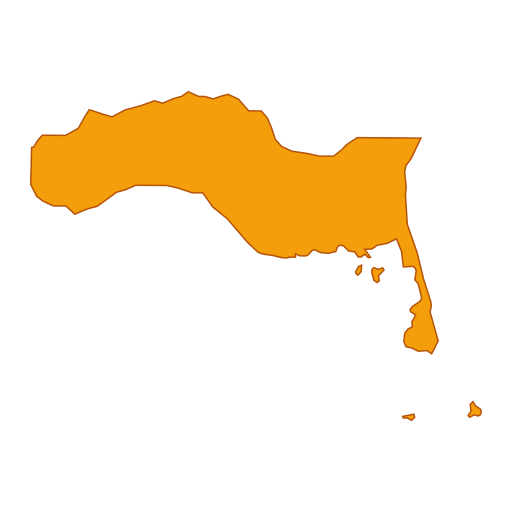 Kumya, Hamgyŏng-namdo, North Korea (Equal Earth projection)
{"feature_id": "82179303B64116140751716", "entity_name": "Kumya", "entity_type": "district", "adm_level": 2, "iso_a3": "PRK", "parent_name": "North Korea", "parent_adm1": "Hamgyŏng-namdo", "projection": "equal_earth", "projection_center": [127.363, 39.407], "detail": "fine", "context": "isolated", "style": "filled", "palette": "amber", "viewbox_px": 512, "rotation_deg": 0, "n_neighbors": 0, "source": "geoboundaries", "source_scale": "gbopen_adm2", "svg_char_len": 2241}
<svg xmlns="http://www.w3.org/2000/svg" viewBox="0 0 512 512"><path d="M288.6,257.5L288.8,257.2L295.5,257.1L295.4,253.8L299.5,255.8L306.0,255.9L308.5,254.6L312.3,250.1L315.1,250.0L320.5,252.6L328.5,253.3L335.8,251.5L337.5,246.9L339.5,245.3L343.4,245.7L348.5,250.9L354.9,252.0L358.0,256.8L360.8,257.1L364.9,254.3L368.2,257.6L370.5,257.3L364.7,249.3L371.9,249.0L377.4,245.2L386.8,243.5L396.5,238.9L401.6,251.7L403.3,266.9L412.6,266.3L415.2,268.0L416.2,270.8L414.9,279.8L418.2,283.7L421.2,296.0L421.7,298.0L420.1,301.2L412.1,306.7L410.1,309.5L410.5,311.6L415.7,315.0L411.8,322.0L412.4,326.8L408.1,329.0L404.7,333.3L403.8,341.4L406.0,346.7L411.9,348.0L418.2,351.2L426.9,350.6L431.7,353.7L437.9,341.5L438.2,341.0L430.1,312.1L431.3,306.0L430.7,301.3L423.5,278.9L417.2,252.8L412.5,239.2L407.3,224.5L405.4,194.5L406.2,186.8L404.6,172.2L406.0,165.5L411.0,158.8L420.6,138.7L421.0,138.2L401.3,137.9L382.4,137.8L367.7,137.7L357.2,137.6L346.6,144.6L342.3,149.2L333.7,156.2L319.0,156.1L308.6,153.7L291.9,151.2L281.5,146.4L275.3,139.3L271.4,127.5L267.4,118.1L261.3,111.0L252.9,110.9L248.7,110.9L242.5,103.8L238.4,99.1L228.0,94.3L219.6,96.6L213.3,98.9L204.9,96.5L198.6,96.4L188.2,91.7L185.9,93.4L181.8,96.3L173.4,98.6L162.8,103.2L154.4,100.8L141.7,105.4L124.9,110.0L112.1,116.9L103.8,114.5L89.2,109.7L84.8,116.7L78.2,128.4L65.5,135.4L55.0,135.3L42.4,135.2L38.1,139.9L33.7,146.9L31.6,147.4L31.5,151.6L31.2,165.7L30.9,175.1L30.7,184.5L36.7,196.3L42.9,201.1L53.3,205.9L65.9,206.0L74.9,214.2L82.6,210.8L89.0,208.5L97.4,206.2L110.2,196.9L116.6,192.2L125.1,189.9L135.7,185.3L152.5,185.4L167.2,185.5L177.6,188.0L192.2,192.8L202.7,192.9L212.9,207.1L227.4,218.9L235.5,228.4L247.8,242.6L258.1,252.3L263.0,254.1L272.5,255.4L282.0,257.7L287.3,257.9L288.6,257.5ZM480.4,414.7L481.3,411.5L480.6,409.3L475.5,405.8L473.0,401.6L470.2,404.4L471.0,411.2L468.2,415.3L469.5,417.3L474.3,414.8L478.2,416.0L480.4,414.7ZM373.6,267.7L372.1,269.4L371.6,271.9L373.9,280.3L377.2,282.6L379.4,280.6L378.4,275.9L384.0,269.9L382.6,267.9L378.5,269.3L373.6,267.7ZM414.7,417.4L413.9,414.2L402.6,416.4L403.3,418.0L407.3,418.0L411.5,420.3L414.7,417.4ZM361.3,271.4L361.6,265.2L358.7,266.3L356.0,271.0L355.9,273.5L358.0,275.2L361.3,271.4Z" fill="#f59e0b" stroke="#b45309" stroke-width="1.5"/></svg>